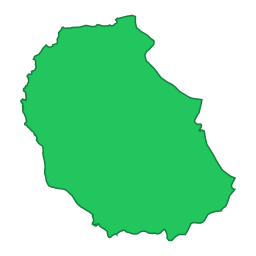 Kutai Barat, Kalimantan Timur, Indonesia (Albers equal-area conic projection)
{"feature_id": "22746128B93368126922918", "entity_name": "Kutai Barat", "entity_type": "district", "adm_level": 2, "iso_a3": "IDN", "parent_name": "Indonesia", "parent_adm1": "Kalimantan Timur", "projection": "albers", "projection_center": [115.749, -0.471], "detail": "fine", "context": "isolated", "style": "filled", "palette": "green", "viewbox_px": 256, "rotation_deg": 0, "n_neighbors": 0, "source": "geoboundaries", "source_scale": "gbopen_adm2", "svg_char_len": 5444}
<svg xmlns="http://www.w3.org/2000/svg" viewBox="0 0 256 256"><path d="M116.7,234.6L116.7,234.2L118.4,232.5L121.0,231.0L122.6,230.8L124.0,230.0L126.6,232.0L129.7,232.7L132.5,233.8L134.8,234.0L137.3,233.8L140.5,231.8L142.9,231.1L145.5,231.4L146.9,232.0L147.9,232.7L150.0,233.3L152.9,233.5L153.3,233.1L154.9,233.1L156.0,233.5L157.7,233.9L160.1,233.2L162.0,231.3L164.6,229.2L165.0,229.6L167.1,234.5L167.1,238.3L169.1,240.6L172.0,240.3L174.3,237.7L176.4,236.0L179.0,234.5L185.2,234.5L186.2,233.1L187.8,230.4L191.0,223.7L192.7,222.7L193.8,222.7L194.2,222.6L197.3,223.0L200.5,223.1L202.5,222.2L204.4,220.6L207.4,215.2L208.6,214.0L211.1,212.7L215.5,211.5L221.4,210.8L221.3,210.6L221.6,209.5L223.6,207.7L225.1,206.8L226.3,205.1L228.0,201.0L229.5,196.0L231.2,193.7L233.9,190.8L234.8,189.3L232.4,188.5L231.3,185.7L232.4,183.0L235.1,178.1L234.5,177.7L231.3,176.6L228.0,174.5L222.4,170.1L218.8,164.6L216.0,159.9L213.2,154.6L206.9,144.5L205.4,138.6L204.5,132.7L204.0,130.8L203.3,130.8L202.5,130.1L202.1,130.0L201.5,130.0L200.8,130.7L200.0,131.1L199.8,131.1L199.3,130.5L199.2,130.1L199.3,129.9L199.5,129.6L200.0,129.3L200.2,129.0L201.0,127.5L201.3,126.5L201.5,125.5L201.4,124.7L200.5,124.1L198.4,124.3L197.2,124.1L196.4,123.8L195.8,123.4L195.2,122.8L195.0,122.5L194.7,121.7L194.6,120.4L197.5,114.7L198.1,114.0L199.0,112.5L199.2,112.0L201.4,102.6L201.9,99.7L193.5,98.5L191.2,98.1L189.8,97.5L188.2,96.7L180.2,91.8L179.0,90.9L176.4,88.2L175.3,87.1L172.6,84.9L170.6,83.7L168.6,82.8L166.4,81.5L164.2,79.9L162.3,78.6L161.0,77.6L154.3,68.7L147.6,62.0L146.3,61.1L145.1,56.2L144.7,55.0L146.6,51.7L147.4,50.8L147.7,50.7L150.2,48.4L151.3,47.2L152.7,45.7L153.6,44.4L154.1,42.1L153.8,40.6L151.9,39.3L151.0,38.9L150.9,38.6L147.6,35.4L147.3,35.2L146.7,35.0L146.1,34.5L141.0,31.5L136.5,27.6L135.4,22.6L135.4,16.5L132.1,15.4L125.9,16.5L117.6,18.7L117.4,18.3L115.6,19.9L117.1,21.3L116.7,23.0L114.8,24.0L113.8,25.0L112.4,25.8L111.2,25.8L109.7,25.0L108.5,25.8L104.9,26.0L102.8,26.0L99.6,25.0L97.3,24.6L95.5,26.4L91.8,26.6L87.3,25.6L85.7,25.4L81.2,26.8L79.6,27.2L77.0,27.2L75.1,27.4L72.5,27.4L71.3,27.8L69.4,28.2L67.4,28.0L66.4,28.2L64.3,28.2L63.1,27.2L62.5,27.6L62.1,27.6L61.1,29.9L58.6,32.7L58.6,34.3L59.0,35.8L57.2,39.2L57.4,41.9L57.0,43.5L55.2,44.1L52.7,44.9L52.7,46.1L51.1,47.0L49.5,47.2L48.2,46.8L47.2,46.3L46.4,45.1L46.0,45.1L43.2,48.2L42.3,49.2L41.7,50.8L39.7,53.1L39.0,54.4L37.7,54.8L37.1,55.3L34.5,56.4L34.6,56.7L34.6,57.4L34.0,57.9L33.7,58.6L33.4,58.9L33.3,59.2L33.4,59.3L34.2,59.3L34.8,59.9L35.3,60.2L35.8,62.7L35.8,63.0L35.5,63.7L35.4,64.2L35.8,65.8L36.2,66.4L36.2,67.0L35.9,67.6L35.9,67.8L35.8,68.2L35.5,68.5L35.3,68.9L35.2,69.7L34.7,70.2L34.0,70.5L33.5,70.9L32.7,70.8L31.7,71.3L31.5,71.6L31.8,73.8L31.2,74.4L30.7,74.4L29.3,74.1L28.9,74.1L28.2,74.6L27.6,75.4L27.2,76.1L27.2,76.6L27.6,77.3L28.0,77.7L28.2,78.2L28.7,80.9L28.6,81.6L27.4,84.2L27.0,85.8L26.3,85.9L25.7,85.9L25.6,86.0L25.4,86.6L25.3,88.0L24.9,87.9L24.7,87.9L24.4,88.0L23.6,88.7L23.5,89.3L23.6,90.9L23.6,91.0L24.5,91.1L24.8,91.4L25.2,92.4L25.5,92.8L25.7,93.4L25.6,93.9L25.6,94.1L26.2,94.9L26.2,95.1L25.8,95.7L25.8,95.8L26.0,95.9L26.2,96.3L26.1,96.6L26.3,97.0L26.0,97.6L26.0,97.8L26.3,98.4L26.3,98.7L26.1,98.9L26.1,99.9L26.0,100.2L25.9,100.4L25.7,100.3L24.6,99.6L24.0,100.2L23.4,99.7L22.7,98.9L22.4,99.0L22.4,99.6L22.1,99.9L21.2,100.3L21.0,100.6L20.9,100.9L21.0,101.6L21.2,101.9L21.6,102.3L21.8,102.9L22.6,103.6L22.7,103.8L22.6,104.3L22.7,104.8L22.5,105.3L22.5,106.1L22.6,106.3L23.1,106.5L23.3,106.7L23.2,106.9L22.9,107.0L22.6,107.5L23.3,108.2L23.5,108.5L23.4,108.7L22.9,109.0L22.6,109.4L22.6,109.9L22.9,110.4L23.1,110.9L23.1,111.1L22.9,111.6L23.1,111.9L23.1,112.3L23.3,112.7L23.6,113.1L24.0,113.3L24.3,113.7L25.6,117.1L26.0,118.2L26.5,122.1L25.7,122.7L24.9,123.1L24.7,124.0L24.9,124.7L25.4,124.8L26.0,124.8L26.5,125.2L27.0,126.0L27.5,126.6L30.2,129.1L31.4,130.7L32.7,131.4L33.6,132.2L34.2,133.1L34.1,133.5L34.3,133.9L34.9,134.6L34.6,135.0L35.0,135.2L35.4,135.2L35.6,135.2L36.4,136.6L36.8,137.5L36.7,138.1L36.8,138.3L37.1,138.9L37.1,139.0L36.6,139.5L36.5,140.4L37.4,140.9L37.7,142.2L38.5,143.1L39.6,144.1L42.3,145.9L42.6,146.4L42.9,147.5L43.0,148.6L43.2,150.0L43.2,151.1L42.9,152.7L43.1,154.6L43.7,157.9L44.1,159.3L44.7,162.3L45.1,165.6L45.0,168.6L44.8,169.8L44.7,171.9L44.8,173.8L45.9,177.4L46.1,179.5L46.4,181.0L47.1,182.7L48.4,185.1L49.0,185.8L49.9,186.3L50.7,186.7L53.4,187.3L56.0,188.1L58.2,188.5L62.2,188.9L64.2,189.3L64.8,189.5L65.9,190.1L67.6,191.3L68.6,192.4L69.7,193.5L71.9,195.4L72.3,195.8L73.5,197.8L73.9,198.6L75.3,200.8L76.3,202.5L77.6,204.1L80.3,206.4L81.2,207.1L81.9,207.5L83.0,208.0L85.2,209.5L88.3,211.3L89.5,212.0L91.3,213.4L92.0,214.1L92.9,215.1L93.1,215.1L93.0,215.5L92.9,215.6L92.6,215.8L92.7,216.1L92.6,216.5L92.8,216.6L92.8,217.0L93.0,217.4L93.8,221.0L93.6,221.2L93.5,221.4L93.2,221.6L93.1,221.8L93.1,222.2L93.0,222.5L92.8,222.8L92.5,222.9L92.3,223.7L92.5,224.4L93.2,224.4L93.5,224.4L94.0,224.3L94.2,224.6L94.1,225.4L94.3,225.6L94.7,225.2L94.9,225.2L95.1,224.9L95.3,224.8L95.4,225.1L95.6,224.8L95.6,225.3L95.8,225.9L95.9,226.0L96.0,226.0L96.2,225.8L96.3,225.8L96.5,225.6L97.1,225.2L97.3,224.7L98.0,224.1L98.0,223.9L98.2,223.7L98.4,223.6L98.7,223.7L98.9,223.9L99.0,224.9L100.0,226.2L100.8,226.9L106.5,230.5L106.8,230.9L107.0,231.3L107.3,232.4L107.8,235.4L108.5,236.7L109.0,237.3L109.4,237.5L109.7,237.5L110.1,237.4L110.6,237.2L111.6,236.2L112.0,235.8L114.6,234.2L114.9,234.1L115.8,234.2L116.2,234.1L116.4,234.2L116.7,234.6Z" fill="#22c55e" stroke="#15803d" stroke-width="1.5"/></svg>